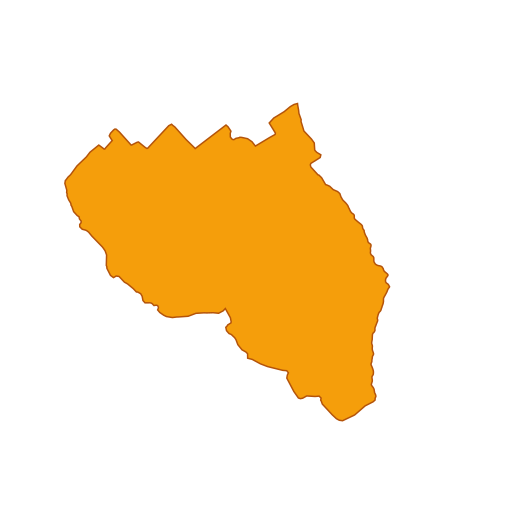 Masagua, Escuintla, Guatemala (Robinson projection), rotated 142°
{"feature_id": "79465075B43224707646328", "entity_name": "Masagua", "entity_type": "district", "adm_level": 2, "iso_a3": "GTM", "parent_name": "Guatemala", "parent_adm1": "Escuintla", "projection": "robinson", "projection_center": [-90.832, 14.098], "detail": "fine", "context": "isolated", "style": "filled", "palette": "amber", "viewbox_px": 512, "rotation_deg": 142, "n_neighbors": 0, "source": "geoboundaries", "source_scale": "gbopen_adm2", "svg_char_len": 5390}
<svg xmlns="http://www.w3.org/2000/svg" viewBox="0 0 512 512"><g transform="rotate(142 256 256)"><path d="M169.7,149.5L169.4,151.2L169.3,151.9L169.3,152.5L169.6,153.6L169.9,154.4L169.8,155.7L169.2,156.8L168.4,157.6L167.9,158.1L166.9,158.6L165.7,158.9L164.8,159.2L164.2,159.3L163.6,159.9L163.5,160.8L163.7,161.9L164.0,163.4L164.2,164.2L164.3,165.0L164.2,165.9L164.0,166.7L163.6,167.5L163.4,169.1L163.4,170.1L163.9,171.2L164.5,172.0L165.4,173.0L166.0,173.8L166.5,174.9L166.8,175.7L166.9,176.5L166.8,177.3L166.7,178.2L166.5,179.0L166.1,179.7L165.6,180.3L165.0,181.1L164.4,181.9L164.1,182.5L164.0,183.6L164.2,184.4L164.4,185.5L164.5,186.3L164.3,187.2L164.0,187.9L163.6,188.5L162.9,189.1L162.2,190.0L161.6,191.0L161.3,191.5L160.6,192.1L159.8,192.6L159.3,193.1L158.6,193.8L158.4,194.9L158.7,195.8L159.1,197.2L159.0,198.2L158.8,198.9L158.1,200.0L157.6,201.3L157.4,202.0L157.2,203.4L157.0,204.7L156.8,205.5L156.4,206.8L156.1,207.7L155.9,208.3L155.5,208.9L155.1,209.5L155.0,210.5L155.0,211.7L154.5,212.8L154.1,213.5L153.7,214.2L153.6,215.0L153.7,216.2L154.6,220.0L155.2,223.0L155.4,224.2L155.3,225.1L154.9,225.8L154.4,226.4L154.0,226.9L153.6,227.5L153.4,228.2L153.5,229.2L153.9,230.3L154.1,231.2L154.1,232.1L154.1,233.0L153.9,233.8L153.7,234.9L153.4,235.9L153.2,237.3L152.8,238.4L152.6,239.6L152.6,240.9L152.6,242.0L152.7,243.2L152.9,244.7L153.1,246.1L153.1,247.5L152.9,248.4L152.8,249.1L152.7,250.1L152.3,251.3L151.5,253.6L152.0,256.5L154.3,260.8L155.0,265.6L156.4,268.3L157.2,269.4L156.1,277.3L156.6,281.0L157.2,281.8L158.0,292.4L157.1,294.4L155.8,295.2L144.8,294.1L142.6,295.8L144.3,300.2L144.5,302.3L144.5,303.3L143.1,305.4L140.5,309.2L140.3,314.0L141.3,325.0L139.6,329.3L137.7,334.3L136.5,335.6L134.4,341.9L132.7,344.6L130.4,349.0L129.4,350.6L132.7,352.0L137.0,352.6L145.0,352.4L157.0,353.8L163.7,352.7L165.0,341.0L166.1,340.0L172.5,341.0L188.8,343.0L188.8,348.5L190.4,353.6L194.2,358.2L195.6,359.5L196.7,359.7L199.4,361.1L201.8,361.3L202.9,362.5L203.0,365.5L200.9,368.4L198.9,369.8L198.5,375.0L199.0,377.7L237.8,378.1L237.9,379.4L238.1,381.0L239.4,390.8L240.5,407.7L241.2,410.2L241.3,411.1L241.4,411.8L244.5,412.4L275.1,407.6L275.8,408.0L276.5,409.9L278.2,417.3L278.4,418.2L279.6,418.8L285.5,420.0L286.1,420.3L287.3,437.6L288.1,442.0L289.0,442.9L290.5,443.0L295.1,442.3L297.7,441.0L298.2,436.4L298.2,435.5L308.4,433.7L309.1,433.4L309.8,433.7L311.3,439.3L311.6,440.2L322.9,440.0L328.7,438.5L341.6,437.2L352.1,434.2L355.5,433.9L359.1,432.9L359.7,432.9L361.9,430.9L363.8,426.3L364.6,424.3L366.3,422.4L366.4,421.5L367.8,419.8L369.0,415.7L369.5,411.6L370.5,409.8L370.6,408.5L372.4,403.2L372.0,398.0L371.3,395.8L372.3,393.9L372.3,391.1L373.4,389.9L375.5,389.4L376.1,388.6L376.9,387.5L376.5,384.1L374.3,381.2L373.8,380.1L373.2,377.9L373.1,372.9L371.5,357.9L371.5,356.5L371.7,353.0L373.1,348.8L379.8,340.7L380.0,339.7L381.1,338.0L382.6,330.3L381.6,326.7L378.5,326.3L376.5,324.2L375.8,316.4L374.4,313.1L372.8,305.8L372.4,301.3L371.4,300.4L370.1,297.3L370.5,294.4L372.5,290.5L372.3,287.4L368.5,284.5L368.0,284.0L367.6,283.4L367.3,282.8L367.1,282.2L367.0,280.7L366.9,279.8L365.9,279.2L365.0,278.8L364.2,277.7L364.1,276.9L364.4,275.8L364.9,275.2L365.8,274.6L366.7,274.1L366.6,270.7L365.2,266.2L363.9,263.5L359.8,259.0L355.8,256.6L355.2,256.1L346.6,250.3L338.6,247.8L331.9,243.2L329.9,241.5L324.7,237.7L320.7,233.9L315.5,233.0L312.5,233.5L314.2,223.1L316.1,219.4L317.0,218.7L320.8,219.1L321.6,218.7L322.3,218.6L322.9,218.5L323.7,218.4L325.2,215.3L325.0,211.5L324.0,209.8L323.7,208.9L323.5,207.3L323.1,204.8L323.3,202.4L324.9,197.3L324.8,190.7L323.1,186.7L322.8,184.2L325.5,180.6L322.6,176.8L318.9,168.3L315.0,161.8L305.3,149.4L302.4,146.7L302.4,144.0L304.6,142.9L306.9,140.8L309.6,125.9L310.0,118.0L308.9,116.3L306.8,115.2L302.2,114.5L295.9,108.9L292.5,106.7L292.2,104.0L293.8,102.5L293.9,101.5L294.9,98.5L293.7,84.0L292.8,78.3L291.5,75.3L289.2,72.9L276.1,70.0L262.2,70.7L253.4,69.0L250.8,69.2L250.2,70.0L249.5,70.7L248.7,71.1L247.9,71.6L247.3,72.7L247.0,73.7L246.8,74.9L246.6,75.5L246.1,76.3L245.6,77.3L245.1,78.1L244.9,78.7L244.7,79.6L244.6,80.4L244.6,81.0L244.6,82.0L244.5,83.1L244.2,83.8L243.5,84.3L243.0,84.7L242.2,85.2L241.3,85.9L240.7,86.7L240.3,87.4L239.8,88.3L239.4,88.9L238.8,89.6L238.0,89.9L236.9,90.3L236.4,90.6L235.8,91.2L235.1,92.0L234.4,93.0L234.1,93.6L233.7,94.6L233.2,96.0L232.9,97.0L232.6,98.2L232.4,99.0L232.2,99.6L231.6,100.3L231.0,100.7L230.1,101.2L229.4,101.8L228.9,102.5L228.4,103.0L227.9,103.4L227.1,104.1L226.6,104.7L226.0,105.2L225.2,105.6L224.3,105.9L223.6,106.5L223.3,107.1L223.0,107.9L222.7,108.8L222.4,109.7L222.1,110.4L221.7,111.0L221.3,111.6L220.6,112.4L220.0,113.0L219.6,113.6L219.3,114.1L219.0,115.2L218.6,116.0L218.2,116.5L217.5,117.2L216.8,117.8L215.8,118.7L214.8,119.9L214.1,120.7L213.5,121.4L212.8,122.2L212.2,122.7L211.4,123.1L210.8,123.2L210.2,123.2L209.3,123.5L208.4,123.9L207.9,124.3L207.5,124.9L206.9,125.7L206.4,126.2L206.0,126.5L204.9,127.1L203.6,127.9L202.3,128.7L201.3,129.3L200.4,129.8L199.9,130.2L199.3,131.0L199.0,132.0L198.3,132.7L197.8,133.1L195.8,134.6L193.9,135.7L192.9,135.9L192.0,136.0L191.1,136.3L190.1,137.0L189.2,137.6L188.5,138.0L187.6,138.7L185.8,139.8L185.1,140.3L184.6,140.7L184.1,141.2L183.6,141.6L183.0,142.4L182.4,143.1L182.1,143.6L181.3,144.3L180.7,144.6L180.0,144.9L179.1,145.3L178.1,145.7L175.4,146.9L174.3,147.5L173.2,148.2L172.2,148.7L171.3,149.0L170.5,149.2L169.7,149.5Z" fill="#f59e0b" stroke="#b45309" stroke-width="1.5"/></g></svg>